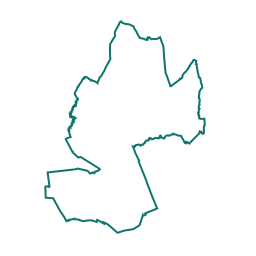 outline of Bethausen, Timis, Romania, rotated 6°
{"feature_id": "2599482B66400291009045", "entity_name": "Bethausen", "entity_type": "district", "adm_level": 2, "iso_a3": "ROU", "parent_name": "Romania", "parent_adm1": "Timis", "projection": "orthographic", "projection_center": [21.97, 45.83], "detail": "fine", "context": "isolated", "style": "outline", "palette": "teal", "viewbox_px": 256, "rotation_deg": 6, "n_neighbors": 0, "source": "geoboundaries", "source_scale": "gbopen_adm2", "svg_char_len": 5762}
<svg xmlns="http://www.w3.org/2000/svg" viewBox="0 0 256 256"><g transform="rotate(6 128 128)"><path d="M143.7,228.1L148.6,224.4L149.8,223.2L151.8,213.6L151.9,213.9L154.5,212.5L154.7,212.1L154.0,211.1L165.4,205.0L163.0,200.5L162.4,199.2L160.5,196.0L154.0,183.4L150.6,176.3L142.1,160.3L142.5,159.0L141.8,158.4L137.8,151.8L134.8,145.8L136.1,146.1L136.7,146.0L137.0,145.6L136.8,144.8L137.1,144.5L138.6,143.9L139.2,143.9L140.1,143.3L141.0,143.4L142.4,144.2L142.7,143.6L143.3,143.1L143.8,143.0L144.8,143.1L145.4,141.7L146.3,141.1L146.2,140.3L146.3,140.1L147.2,139.3L147.3,138.9L148.3,138.2L149.1,138.4L149.6,138.3L150.3,137.1L150.3,136.6L150.0,136.2L150.9,135.5L151.6,135.6L152.3,136.5L152.9,136.8L154.5,136.2L155.6,135.1L156.7,135.2L157.8,134.9L159.7,135.1L160.3,134.3L160.4,132.7L160.7,132.2L161.1,132.1L161.3,132.2L161.5,133.5L161.8,134.1L162.2,134.2L163.1,133.9L164.7,134.8L165.5,134.0L165.9,132.6L167.1,131.5L168.2,131.2L170.2,131.3L170.9,130.5L171.6,130.0L173.3,129.8L173.5,129.0L174.1,129.5L175.1,129.3L177.2,129.8L177.9,130.2L181.6,130.3L185.7,136.3L186.4,135.7L186.9,135.7L187.2,136.1L187.0,137.2L187.5,137.3L187.7,137.0L187.7,135.9L188.4,135.7L190.5,137.1L196.1,130.0L196.8,129.3L199.6,125.6L199.4,125.5L199.4,124.6L199.6,124.0L200.1,124.4L201.3,123.9L201.8,125.4L202.2,125.8L203.4,125.8L204.0,125.3L203.3,118.3L203.7,117.6L204.1,117.3L203.0,110.8L199.8,111.3L197.9,111.1L197.7,110.3L197.8,109.9L197.3,109.4L197.4,109.0L197.1,108.3L197.5,108.3L197.5,107.8L197.3,107.6L196.8,107.4L196.6,106.7L196.3,106.3L196.4,106.1L196.2,106.0L196.2,105.2L196.8,104.8L196.5,103.7L196.7,102.8L196.6,102.0L196.9,101.5L196.4,101.5L196.2,101.1L196.1,99.8L196.3,99.5L196.2,98.6L196.7,97.9L196.8,97.5L196.3,96.3L196.5,95.3L196.3,93.7L196.5,93.5L196.5,92.6L195.8,91.4L195.4,91.2L195.4,90.9L195.7,90.7L195.2,89.8L195.3,89.2L195.1,88.7L195.3,88.4L195.2,87.8L195.4,87.2L195.3,86.4L195.5,85.8L195.1,85.2L195.7,83.0L196.0,82.8L196.5,81.5L197.7,80.2L196.8,76.9L196.3,76.4L195.7,75.1L195.2,72.6L194.9,72.0L194.8,71.4L194.5,71.2L194.4,70.6L194.1,70.3L193.4,70.0L193.0,69.4L192.9,69.5L192.6,67.9L191.6,65.3L190.1,60.2L189.7,57.7L189.3,57.6L189.5,57.4L189.4,56.7L188.7,55.9L188.7,54.8L188.9,54.1L186.7,53.4L186.1,53.5L185.9,53.7L185.7,54.0L185.7,54.7L183.1,58.9L182.9,59.4L183.1,59.8L182.4,60.9L182.2,61.5L181.4,62.5L181.4,63.3L180.3,64.5L179.8,65.9L178.5,66.8L176.6,70.3L176.8,71.5L176.7,72.1L176.4,72.3L176.4,72.6L175.6,73.5L175.3,73.5L174.5,74.2L174.3,74.0L174.2,74.6L170.5,78.2L170.0,78.3L169.5,79.0L167.6,80.5L167.0,81.4L166.3,82.0L165.8,82.0L161.2,72.1L159.5,69.1L157.3,57.8L157.1,56.0L156.7,55.2L154.9,44.1L154.0,41.7L150.3,34.3L148.1,36.1L145.9,36.7L144.0,36.7L142.4,37.3L141.7,37.1L139.4,35.5L138.8,35.8L138.6,36.9L137.9,37.1L137.7,36.8L137.6,37.1L137.6,37.4L138.3,37.7L138.2,38.4L138.0,38.5L134.9,38.0L134.6,37.7L130.2,37.2L129.9,36.4L129.1,35.7L127.5,33.4L126.3,31.3L123.9,28.5L123.4,27.3L122.3,26.1L119.8,25.4L118.4,24.8L114.3,24.7L111.6,24.0L111.0,23.8L110.1,22.7L109.3,23.1L108.5,24.3L108.2,25.8L105.3,32.8L104.9,34.0L105.4,37.7L105.2,38.7L103.8,41.3L101.4,46.7L101.5,47.8L101.8,49.0L101.6,49.8L102.4,56.5L102.9,59.7L103.2,60.6L103.1,61.8L100.1,68.6L99.3,70.7L98.5,73.6L96.8,77.0L96.4,78.3L95.5,79.7L94.5,80.6L94.3,81.4L94.4,82.1L93.0,85.3L93.0,86.5L92.4,86.0L89.7,85.0L87.2,84.4L86.4,84.7L86.4,84.1L86.1,83.9L84.0,83.4L82.8,82.3L80.6,81.5L80.4,81.9L79.4,82.0L79.7,82.9L79.3,83.4L78.7,83.3L78.4,83.8L78.0,83.9L78.1,84.2L77.7,84.6L77.2,86.1L74.4,91.1L74.2,91.5L74.4,91.5L74.0,92.5L73.4,92.9L73.4,93.8L71.3,99.1L71.9,100.6L72.6,101.2L74.0,103.5L75.2,104.1L75.2,104.3L74.9,104.5L74.9,105.7L74.0,105.9L73.8,107.0L73.1,107.2L73.2,107.5L74.0,108.1L73.5,108.5L73.5,109.2L73.9,109.4L73.7,110.0L73.8,110.3L73.1,110.6L73.2,111.0L73.7,110.8L73.7,111.6L73.2,111.6L72.6,111.0L72.4,111.3L72.1,111.3L72.0,111.8L72.2,112.1L71.8,112.3L71.9,112.7L71.1,112.8L71.2,113.3L70.8,113.9L71.1,114.0L71.3,115.3L71.0,115.6L70.6,115.7L70.8,116.3L70.2,116.8L70.4,118.0L70.3,118.5L70.1,118.6L70.0,119.0L69.2,118.6L69.2,118.8L69.4,118.9L69.3,119.3L68.8,119.1L68.5,119.3L68.3,119.0L68.4,119.6L69.0,119.8L69.0,120.1L68.8,120.4L68.9,120.8L69.4,120.5L69.6,120.7L69.6,121.2L69.2,121.8L69.2,122.1L69.7,122.1L69.7,121.7L70.0,121.6L70.4,121.7L70.7,122.1L70.6,122.4L69.6,122.8L69.6,123.0L70.4,122.8L70.4,123.2L70.8,123.2L70.8,123.5L71.0,123.1L71.3,123.1L71.3,122.7L72.0,123.0L72.0,123.3L72.5,123.0L72.5,122.6L72.8,122.6L73.1,122.8L73.1,123.3L73.4,123.5L73.5,123.3L73.3,122.7L73.5,122.7L73.8,122.9L74.0,123.6L74.4,123.7L73.7,124.1L73.8,124.8L73.5,124.8L73.3,124.4L73.2,124.5L73.4,125.4L72.7,125.6L73.0,126.2L72.4,126.2L72.5,127.0L72.1,127.1L72.2,127.4L72.8,127.4L73.2,127.7L72.4,128.2L72.7,128.8L72.1,129.4L71.8,129.4L71.7,129.1L71.4,129.2L71.4,129.4L72.1,129.9L72.1,130.5L71.5,130.6L71.9,131.8L71.6,132.1L71.4,132.0L71.1,132.3L70.6,132.4L70.8,132.8L71.3,132.9L70.6,133.1L70.7,133.5L69.8,133.1L69.6,133.8L68.9,134.5L69.6,135.4L68.9,136.1L69.0,136.7L69.3,137.1L69.8,136.7L70.0,136.8L70.0,137.1L69.5,137.7L71.9,143.0L69.1,144.1L68.4,144.7L67.3,145.2L67.6,146.2L75.3,157.6L75.6,157.6L75.6,158.1L81.5,162.5L81.9,162.6L83.8,161.7L104.2,171.7L104.3,171.9L103.9,172.0L103.5,172.9L102.4,173.8L101.2,174.2L100.7,174.7L99.8,174.9L99.3,176.5L97.8,175.7L97.1,176.5L96.5,176.5L95.7,177.2L94.7,177.0L93.2,175.5L92.2,174.8L82.2,173.6L80.4,174.5L52.7,180.6L56.1,194.6L55.4,194.9L54.8,194.4L53.9,194.6L53.4,194.5L52.2,194.9L51.9,195.3L53.5,205.9L60.9,205.7L69.5,218.1L74.0,223.4L75.3,225.3L75.7,226.2L76.3,226.8L76.4,226.4L78.6,226.7L78.6,225.5L80.2,225.3L84.3,223.8L84.3,224.4L87.3,224.2L89.2,224.4L89.2,224.7L92.4,225.3L93.7,225.2L98.4,224.0L100.3,223.7L102.4,223.8L106.7,224.7L106.8,222.7L108.2,223.0L113.9,225.6L113.5,224.3L118.1,226.0L128.5,233.3L135.4,230.3L143.7,228.1Z" fill="none" stroke="#0f766e" stroke-width="2"/></g></svg>